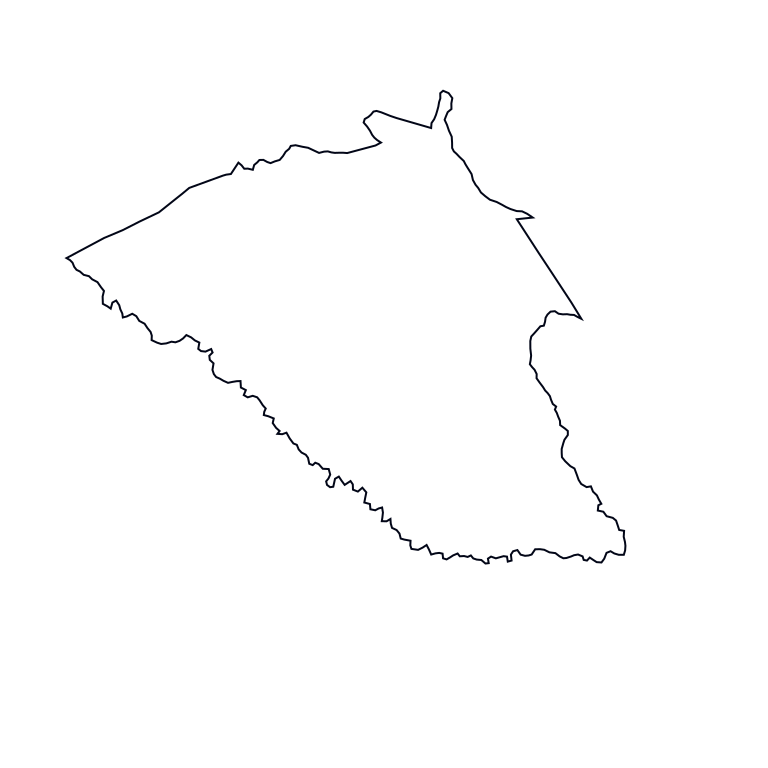 Ituaçu, Bahia, Brazil (Natural Earth projection), rotated 330°
{"feature_id": "56859067B14233207063094", "entity_name": "Ituaçu", "entity_type": "district", "adm_level": 2, "iso_a3": "BRA", "parent_name": "Brazil", "parent_adm1": "Bahia", "projection": "natural_earth1", "projection_center": [-41.391, -13.875], "detail": "fine", "context": "isolated", "style": "outline", "palette": "ink", "viewbox_px": 768, "rotation_deg": 330, "n_neighbors": 0, "source": "geoboundaries", "source_scale": "gbopen_adm2", "svg_char_len": 4534}
<svg xmlns="http://www.w3.org/2000/svg" viewBox="0 0 768 768"><g transform="rotate(330 384 384)"><path d="M348.7,123.0L313.4,116.8L304.1,118.4L299.3,119.1L274.9,122.8L253.4,121.1L234.5,120.1L214.7,117.6L172.0,116.2L174.0,119.7L174.9,123.2L174.3,127.7L174.8,131.4L176.9,134.5L178.5,139.3L182.4,143.1L183.6,147.4L186.8,152.5L187.3,158.6L188.0,163.4L184.1,167.5L180.6,174.0L183.3,178.4L185.0,182.1L189.5,177.7L193.8,177.8L194.1,183.4L193.0,187.5L192.6,192.1L191.1,195.8L195.0,196.9L201.1,197.3L203.4,201.4L203.6,207.0L206.8,212.1L207.1,217.3L207.9,222.2L207.1,226.0L204.7,229.8L208.2,234.8L211.0,237.9L215.8,240.0L221.1,241.1L224.2,243.6L228.5,244.4L232.7,244.1L237.3,242.8L240.3,247.2L242.0,251.7L244.8,255.8L240.7,260.7L242.0,264.0L245.6,266.7L251.8,267.3L251.3,271.0L246.8,272.2L245.2,276.0L246.7,280.9L242.5,286.0L241.6,290.4L242.1,294.0L244.5,297.3L246.6,301.0L249.5,305.0L253.8,306.4L257.8,307.9L261.2,309.7L258.3,315.5L261.3,320.2L257.0,323.5L259.3,327.4L264.4,328.6L267.5,332.1L268.1,335.8L268.4,341.8L269.3,346.1L266.4,348.2L264.4,350.8L267.7,354.1L271.3,358.7L268.1,362.2L268.6,368.0L270.1,372.5L266.8,373.9L270.8,376.6L275.2,377.4L275.1,384.0L275.8,390.2L278.1,393.1L277.4,398.0L278.3,402.1L280.9,406.2L281.3,409.9L279.4,415.7L281.7,418.6L285.1,417.8L287.4,420.7L288.6,426.8L293.6,430.0L292.1,435.6L288.6,438.1L285.2,439.4L284.2,442.9L285.7,446.4L288.7,447.6L294.2,441.6L298.6,441.6L298.9,446.4L299.5,451.7L306.5,451.3L306.8,455.3L304.3,460.0L307.6,464.1L313.4,463.0L314.5,469.0L310.7,473.3L307.7,476.8L311.8,480.9L309.6,485.7L313.3,489.0L317.1,489.1L320.6,490.0L318.8,494.8L315.7,499.0L313.5,501.7L317.6,504.2L322.1,504.1L320.1,508.2L319.0,512.6L321.9,516.8L322.6,521.3L321.2,526.2L323.8,528.9L328.6,533.0L326.1,536.9L325.3,540.5L330.6,544.7L335.7,545.0L340.4,544.7L340.2,549.7L339.6,555.3L343.9,556.4L347.4,557.9L349.9,560.2L348.0,564.5L350.5,567.2L354.6,567.2L358.2,567.0L363.0,567.6L363.5,571.1L367.3,573.0L370.0,575.6L373.5,575.9L374.1,579.7L376.5,582.4L380.3,585.1L382.1,590.2L385.1,591.5L386.7,587.2L390.4,587.0L393.7,590.9L398.4,592.1L401.5,592.9L404.2,595.0L402.4,599.7L406.2,600.7L408.6,595.2L412.2,593.4L416.5,594.5L417.0,600.1L420.2,603.3L423.5,604.8L426.6,605.5L432.3,602.7L436.7,605.2L439.9,607.7L443.1,612.5L447.9,616.2L449.9,621.1L452.2,624.6L455.0,625.9L459.7,626.9L463.0,627.3L466.8,628.7L469.8,632.6L469.0,636.2L471.5,638.4L475.4,637.2L477.3,641.1L479.1,644.6L483.1,647.3L487.4,645.4L492.3,641.5L496.6,642.1L498.7,645.9L501.9,649.3L506.3,651.8L509.6,648.7L512.2,644.8L513.7,641.3L515.2,636.2L518.5,631.2L514.7,628.0L515.7,623.3L516.7,618.3L515.2,614.3L510.7,609.8L510.1,604.3L505.9,600.5L509.0,596.2L512.3,596.4L512.3,591.5L512.7,586.9L511.2,581.7L512.0,576.1L507.9,574.6L504.8,569.2L504.6,564.3L505.6,559.1L506.7,552.4L504.3,548.3L502.3,541.5L501.5,536.4L503.4,532.6L505.4,529.1L509.8,524.8L512.4,522.5L517.7,520.1L519.7,516.6L518.5,513.2L516.0,507.7L518.0,503.8L518.5,499.4L519.2,495.4L519.2,491.6L521.8,489.6L520.2,485.7L520.8,481.0L521.6,477.5L521.2,473.8L520.3,470.2L520.2,466.3L519.5,460.6L519.0,455.3L521.2,451.7L521.5,447.0L520.7,443.5L520.2,439.8L522.7,436.9L525.6,433.0L528.4,426.6L532.2,419.9L535.3,416.5L539.2,415.3L544.3,413.6L548.3,412.2L551.6,413.4L554.6,410.6L557.1,407.4L560.3,405.6L564.4,404.6L568.4,406.4L570.3,410.4L573.7,413.1L577.5,415.1L580.0,417.2L583.1,419.2L585.2,422.8L587.5,426.2L587.0,407.1L584.9,370.8L583.5,347.8L581.4,307.7L596.0,314.2L593.1,308.2L589.9,303.5L585.4,300.6L581.0,295.7L578.2,291.8L575.9,287.9L572.6,282.7L567.9,277.4L565.6,272.0L563.7,266.6L563.6,261.3L562.9,257.2L563.0,251.8L564.8,246.0L564.5,238.4L564.4,234.4L564.6,230.8L562.9,225.1L561.9,220.9L560.8,217.5L561.0,213.7L563.6,209.1L566.3,203.7L566.9,197.1L568.1,191.1L568.6,185.5L571.3,183.3L575.1,180.4L579.9,179.6L582.6,174.7L586.1,170.6L585.4,164.4L581.8,159.6L578.1,160.3L575.6,164.8L572.6,167.5L569.8,170.9L567.3,173.4L563.6,176.9L559.8,179.8L555.6,181.8L552.8,185.9L527.9,160.0L523.5,155.0L517.5,147.4L514.1,143.8L511.1,142.8L507.4,144.2L504.0,144.9L499.8,144.9L497.1,147.4L498.1,152.6L498.5,157.7L498.3,162.3L498.8,165.8L500.0,169.3L502.1,173.4L495.9,173.2L467.6,165.6L464.4,163.4L460.6,161.2L456.9,159.2L454.2,157.1L451.7,154.5L448.3,152.8L443.3,151.4L440.3,147.1L436.4,141.5L432.0,137.8L426.8,133.0L422.3,131.2L419.5,132.9L415.0,133.7L410.5,136.1L405.7,137.8L400.7,136.6L396.2,136.0L393.9,133.4L391.6,129.6L388.1,127.7L385.1,128.7L381.1,129.4L377.5,132.9L373.8,129.4L370.6,127.7L370.0,123.4L368.6,119.5L356.4,125.6L352.0,123.8L348.7,123.0Z" fill="none" stroke="#020617" stroke-width="2"/></g></svg>